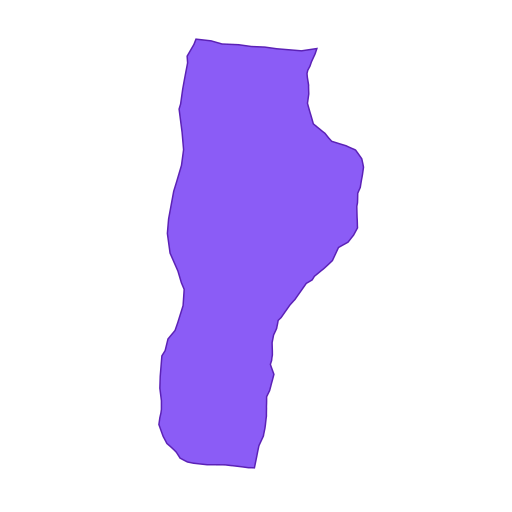 Obi, Nassarawa, Nigeria (Mercator projection), rotated 98°
{"feature_id": "59680162B90915593246984", "entity_name": "Obi", "entity_type": "district", "adm_level": 2, "iso_a3": "NGA", "parent_name": "Nigeria", "parent_adm1": "Nassarawa", "projection": "mercator", "projection_center": [8.77, 8.367], "detail": "fine", "context": "isolated", "style": "filled", "palette": "violet", "viewbox_px": 512, "rotation_deg": 98, "n_neighbors": 0, "source": "geoboundaries", "source_scale": "gbopen_adm2", "svg_char_len": 2398}
<svg xmlns="http://www.w3.org/2000/svg" viewBox="0 0 512 512"><g transform="rotate(98 256 256)"><path d="M424.8,328.3L429.5,328.7L436.4,328.7L443.5,325.0L447.6,322.8L449.1,321.7L454.1,318.1L456.4,314.5L457.7,312.6L459.6,309.9L461.3,307.7L465.2,304.3L466.7,303.1L468.2,299.0L469.5,295.3L469.9,289.1L469.7,282.4L469.5,275.4L468.7,269.7L467.3,259.1L467.1,257.3L467.0,251.2L466.9,250.2L466.7,239.7L466.7,234.2L466.3,231.2L466.0,228.1L459.6,227.7L454.8,227.4L448.9,227.1L443.4,226.7L433.5,223.7L433.0,223.6L431.8,223.6L428.6,223.4L425.4,223.2L421.9,223.2L419.0,223.3L415.2,223.4L413.1,223.4L410.4,223.8L405.5,224.4L403.7,224.7L400.8,225.0L398.3,225.3L393.9,225.9L387.4,223.8L385.0,223.5L383.3,223.3L380.5,223.0L376.7,222.5L370.7,221.8L363.3,225.7L361.3,226.7L357.3,226.0L354.5,226.1L351.8,226.0L347.7,226.6L344.9,227.1L342.0,227.6L339.6,228.0L331.8,227.6L326.6,226.0L324.9,225.5L322.6,225.4L319.8,225.2L316.7,225.1L313.5,222.6L308.0,219.8L303.7,217.6L299.8,215.6L295.2,212.5L293.7,211.4L291.1,210.1L280.0,204.4L276.1,202.4L271.9,197.1L267.9,195.3L263.8,191.5L261.9,189.8L259.5,187.5L258.1,186.3L253.2,182.3L249.9,179.7L241.7,177.2L236.1,175.5L232.8,171.2L231.4,169.3L231.1,169.0L230.8,168.5L229.5,166.8L225.0,164.2L221.8,162.3L218.3,161.0L214.0,159.4L211.4,159.9L209.5,160.2L206.6,160.7L203.6,161.3L197.1,162.4L192.8,163.1L190.7,163.0L189.3,162.9L186.3,163.2L179.7,164.0L173.6,162.3L168.1,162.2L165.2,162.1L163.3,162.0L160.4,161.9L158.4,161.9L155.8,161.9L153.1,161.9L149.6,163.1L145.0,164.8L140.5,169.0L137.2,172.2L135.1,179.6L134.3,182.1L133.2,189.1L132.2,195.1L132.0,196.4L131.9,197.0L128.9,200.6L126.6,203.0L124.9,204.8L123.3,207.6L119.7,213.5L117.2,217.6L110.4,220.6L106.5,222.4L102.9,224.0L97.6,226.3L97.4,226.3L91.3,226.3L88.2,226.3L83.6,227.1L80.5,227.6L80.1,227.6L79.1,227.8L72.0,230.0L68.2,230.9L64.9,230.6L60.5,229.0L55.9,228.1L47.6,225.6L42.1,224.6L46.5,239.5L47.9,264.3L47.9,276.3L49.2,289.8L49.2,302.7L50.8,319.2L49.2,330.4L49.6,345.6L55.1,346.9L67.7,352.0L74.3,350.6L84.4,351.1L93.0,351.5L100.8,351.8L116.0,351.8L117.3,352.0L121.2,352.6L143.8,346.4L160.8,342.5L176.6,342.4L194.0,345.0L199.0,345.8L203.4,346.5L231.5,347.7L246.0,346.9L265.1,341.5L281.8,331.2L292.8,326.2L299.0,322.5L302.7,322.2L315.3,321.3L332.9,324.2L341.0,325.8L350.4,331.6L362.3,332.8L368.0,335.3L388.4,334.1L400.3,332.8L412.5,329.5L421.1,328.3L424.8,328.3Z" fill="#8b5cf6" stroke="#5b21b6" stroke-width="1.5"/></g></svg>